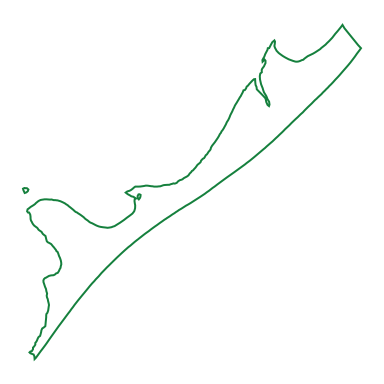 the district of São José do Norte, Rio Grande do Sul, Brazil
{"feature_id": "56859067B56397932156398", "entity_name": "São José do Norte", "entity_type": "district", "adm_level": 2, "iso_a3": "BRA", "parent_name": "Brazil", "parent_adm1": "Rio Grande do Sul", "projection": "equal_earth", "projection_center": [-51.727, -31.8], "detail": "fine", "context": "isolated", "style": "outline", "palette": "green", "viewbox_px": 384, "rotation_deg": 0, "n_neighbors": 0, "source": "geoboundaries", "source_scale": "gbopen_adm2", "svg_char_len": 5839}
<svg xmlns="http://www.w3.org/2000/svg" viewBox="0 0 384 384"><path d="M342.5,24.9L340.9,27.1L337.4,31.4L335.2,33.9L332.3,37.7L329.1,41.1L326.7,43.4L325.6,44.6L323.2,46.5L321.4,47.9L320.2,49.1L315.3,52.3L313.1,53.6L307.7,56.2L305.8,57.6L304.2,58.8L303.4,59.7L301.9,60.1L300.0,61.0L298.4,61.5L296.8,61.7L295.4,61.6L293.0,60.9L288.7,59.3L285.3,57.5L282.8,56.0L280.0,54.0L278.7,53.0L276.6,50.8L275.0,47.8L274.4,46.0L274.7,44.4L275.0,41.6L274.4,40.4L272.3,42.2L270.6,45.3L269.2,48.1L267.8,48.2L267.5,49.8L266.4,51.9L265.2,54.2L264.3,56.7L263.3,58.4L262.4,60.1L262.6,61.7L264.6,59.6L265.5,60.7L265.5,63.1L264.6,64.9L264.0,66.3L262.2,68.7L261.7,70.0L261.8,72.3L260.3,73.5L259.8,76.1L260.0,79.4L261.1,84.3L262.7,88.3L263.1,89.8L264.0,92.4L265.4,94.6L266.4,96.3L267.6,99.4L268.3,100.4L269.1,101.7L269.5,104.6L269.0,106.1L267.6,105.0L266.3,102.1L266.0,100.7L265.8,99.4L265.1,97.9L262.5,95.1L256.8,89.3L256.5,86.9L255.6,85.0L255.3,82.5L255.1,79.1L254.0,79.2L252.5,80.5L249.5,83.7L248.7,84.7L247.9,85.7L246.7,86.6L246.0,88.5L244.8,90.1L243.5,90.3L242.7,92.4L241.5,94.6L240.7,96.2L239.8,97.4L239.1,98.7L237.3,101.7L236.6,102.9L235.8,104.1L234.9,105.6L234.1,107.5L233.0,109.6L232.3,111.3L230.4,115.0L229.4,117.6L228.3,119.9L226.7,122.4L226.2,123.7L225.6,124.9L224.6,126.7L223.7,128.4L222.4,130.4L221.5,131.4L221.0,132.7L219.8,134.2L219.0,135.9L217.8,137.9L214.8,142.3L213.6,143.8L212.1,145.7L211.0,147.6L210.5,149.5L209.6,150.7L208.7,151.6L207.9,152.9L206.9,154.4L205.7,155.3L205.0,156.7L204.1,158.1L202.8,158.8L201.1,160.6L200.6,162.1L199.6,163.1L197.5,164.8L195.5,167.6L194.0,169.2L193.1,170.3L191.9,171.0L191.1,172.2L189.7,173.5L188.6,175.2L187.4,176.2L186.4,176.8L185.0,177.5L183.6,178.3L182.5,179.3L181.2,179.8L179.8,180.2L178.1,181.3L176.8,182.8L175.5,183.4L174.4,183.6L173.4,183.4L172.3,183.8L170.8,184.2L169.3,184.8L167.9,184.8L164.8,185.0L163.4,185.2L160.3,186.3L158.6,186.4L157.1,186.6L155.5,186.6L154.1,186.6L152.6,186.3L151.1,186.2L147.9,185.7L145.9,185.6L144.5,185.9L143.4,186.1L141.9,186.3L140.4,186.5L138.7,186.6L136.9,186.6L135.3,186.6L133.9,187.6L132.6,188.8L131.0,190.0L129.5,190.8L128.3,191.1L127.0,191.6L125.7,192.6L127.1,193.7L128.1,194.4L130.0,195.4L131.3,196.3L133.5,196.8L134.7,197.7L136.1,198.5L134.7,199.2L134.5,201.0L134.8,203.3L135.2,205.3L135.1,208.1L134.7,209.7L134.2,211.3L132.4,213.6L129.8,215.6L126.9,217.7L124.1,219.9L119.9,222.8L117.8,224.1L114.6,226.1L112.7,226.7L111.5,227.2L109.2,227.6L107.4,227.8L106.2,227.6L102.7,227.2L100.7,226.9L99.0,226.5L97.1,225.8L95.6,225.1L94.1,224.3L92.0,223.2L90.4,222.6L89.2,221.8L87.7,220.5L85.9,219.3L84.9,218.5L83.8,217.3L81.0,215.2L79.4,214.1L78.2,213.4L77.2,212.6L75.6,211.9L74.5,211.0L73.5,210.0L70.3,207.4L68.6,206.1L67.7,205.2L66.3,204.4L64.8,203.3L62.8,202.3L60.6,201.3L57.6,200.4L56.5,200.3L55.0,200.1L53.6,200.1L51.6,199.5L50.0,199.6L47.5,199.4L46.0,199.3L44.7,199.3L43.5,199.5L42.1,199.7L40.5,200.0L38.5,201.0L35.9,203.1L35.1,204.0L33.6,205.1L32.0,206.1L30.7,206.9L28.6,208.6L27.6,209.3L27.1,211.3L28.0,212.5L29.1,212.5L30.2,214.5L30.5,216.3L30.6,219.1L31.0,220.6L31.7,221.7L32.3,223.0L33.1,224.3L34.3,225.7L37.3,227.9L38.6,229.8L40.4,231.1L41.5,231.8L42.2,233.0L43.0,234.1L44.4,235.2L45.5,236.0L46.3,239.4L46.8,241.2L47.7,242.2L49.5,243.1L51.2,244.1L53.2,246.6L54.0,247.4L54.9,248.7L55.8,249.7L56.5,251.2L57.5,251.8L58.2,253.4L59.0,255.9L60.0,258.0L60.8,260.4L61.2,262.5L61.3,264.4L60.8,266.1L60.5,267.9L59.7,269.2L58.9,271.1L57.7,272.9L56.1,273.4L55.1,274.4L53.6,275.2L52.3,275.3L51.0,275.4L49.0,275.9L47.3,276.9L46.2,277.6L45.1,278.0L43.9,279.2L43.4,280.5L43.5,282.2L44.1,283.9L45.0,286.7L46.0,289.0L46.4,291.3L47.1,293.5L46.7,295.7L47.0,297.4L47.7,299.0L48.1,301.1L48.6,303.0L49.0,305.0L48.7,306.7L48.2,310.4L47.4,312.8L46.4,314.0L46.2,315.5L46.2,317.1L46.0,319.2L45.7,322.2L45.5,324.6L45.3,326.2L44.0,327.3L42.2,328.5L41.4,330.4L41.2,331.8L40.7,333.8L40.1,335.9L38.6,337.0L37.8,338.4L37.1,340.2L36.4,341.6L35.3,342.9L35.3,344.7L34.1,346.5L33.0,347.6L33.0,349.2L31.8,351.2L30.4,351.5L29.5,352.4L30.4,353.3L33.6,354.5L34.4,356.4L34.6,359.1L35.9,357.8L37.8,355.2L40.7,351.2L42.1,349.4L45.1,345.4L46.9,342.9L48.6,340.4L50.2,338.1L56.6,329.1L58.6,326.3L63.4,319.9L65.4,317.2L68.3,313.3L69.8,311.4L71.4,309.1L72.9,307.2L74.6,304.8L78.3,300.1L82.4,295.1L86.3,290.4L88.1,288.2L89.7,286.2L92.1,283.4L94.3,281.1L95.7,279.4L98.7,276.3L101.4,273.1L104.8,269.6L106.8,267.5L109.1,265.3L111.5,262.9L116.5,258.0L121.6,253.2L124.9,250.2L126.6,248.7L128.4,247.1L130.4,245.6L134.8,241.8L143.2,235.2L145.0,233.8L146.8,232.5L148.8,231.1L150.8,229.5L152.7,228.1L155.2,226.3L157.1,225.0L159.8,223.0L162.4,221.2L164.6,219.6L165.8,218.9L166.9,218.1L169.9,216.2L171.7,214.9L172.9,214.1L174.4,213.2L175.9,212.1L177.5,211.1L179.0,210.0L180.8,209.0L182.1,208.2L186.1,205.6L187.6,204.8L189.0,204.0L190.5,203.1L195.3,200.0L200.3,196.8L204.8,193.8L206.9,192.2L209.1,190.7L212.5,188.0L214.7,186.5L217.4,184.4L223.9,179.6L227.2,177.2L234.0,172.4L245.0,164.4L246.7,163.0L249.8,160.7L253.6,157.6L254.8,156.6L263.4,149.3L265.0,148.0L266.7,146.4L270.6,143.0L272.5,141.4L275.7,138.3L277.8,136.4L279.1,135.1L280.8,133.5L282.0,132.4L283.7,130.7L285.1,129.2L289.3,125.3L291.5,123.0L293.8,120.8L295.8,118.9L297.7,117.2L299.7,115.2L300.6,114.3L302.8,112.4L304.7,110.3L306.1,108.9L307.8,107.2L309.8,105.3L311.8,103.4L313.8,101.3L315.2,99.9L316.5,98.8L317.9,97.4L319.5,95.9L321.4,94.2L323.0,92.4L325.0,90.5L326.1,89.3L327.9,87.6L329.3,86.0L331.0,84.4L333.0,82.3L335.3,79.7L337.7,77.2L339.7,75.0L341.4,73.0L344.0,70.0L346.1,67.6L348.1,65.3L350.5,62.4L353.1,59.0L354.9,56.6L356.9,53.7L359.8,49.9L361.0,48.2L358.2,45.2L344.5,28.3L342.5,24.9ZM137.9,198.5L137.6,196.1L138.5,194.4L139.6,194.3L140.6,194.9L140.4,196.8L139.8,198.2L138.8,199.4L137.9,198.5ZM24.4,188.0L23.0,188.7L23.5,190.4L24.7,193.0L26.4,192.4L27.8,191.2L28.4,189.5L26.9,188.2L25.7,188.2L24.4,188.0Z" fill="none" stroke="#15803d" stroke-width="2"/></svg>